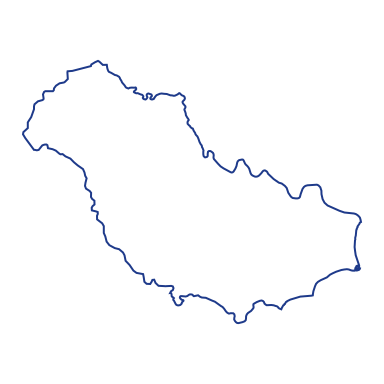 the district of Río Branco, Cerro Largo, Uruguay
{"feature_id": "84410073B34971931236421", "entity_name": "Río Branco", "entity_type": "district", "adm_level": 2, "iso_a3": "URY", "parent_name": "Uruguay", "parent_adm1": "Cerro Largo", "projection": "albers", "projection_center": [-53.429, -32.613], "detail": "fine", "context": "isolated", "style": "outline", "palette": "blue", "viewbox_px": 384, "rotation_deg": 0, "n_neighbors": 0, "source": "geoboundaries", "source_scale": "gbopen_adm2", "svg_char_len": 5921}
<svg xmlns="http://www.w3.org/2000/svg" viewBox="0 0 384 384"><path d="M170.2,292.9L170.7,292.8L171.2,293.3L171.5,294.1L171.7,296.3L172.0,296.7L173.3,297.5L173.9,298.1L173.3,298.9L173.3,299.9L174.0,300.7L175.5,303.7L176.3,304.8L177.4,305.3L178.4,305.4L179.5,305.2L180.4,304.9L181.7,303.6L181.9,302.5L182.5,301.7L182.9,301.5L183.3,301.1L183.5,300.7L183.3,300.2L181.5,299.7L180.2,298.3L179.9,297.8L179.9,297.3L180.1,296.6L180.5,296.2L181.5,296.1L185.7,296.5L187.4,296.0L188.8,294.9L189.9,294.4L191.1,294.4L192.4,294.7L193.6,296.1L193.9,296.2L198.1,295.3L200.1,296.8L201.8,297.5L205.8,297.8L212.1,300.6L214.9,301.7L220.9,306.0L222.6,307.0L224.1,308.7L225.8,311.2L227.0,312.5L228.1,313.2L229.0,313.6L230.8,313.2L233.3,313.3L234.3,314.3L234.7,316.1L234.3,317.8L234.2,319.5L234.9,320.9L236.0,322.2L237.2,323.0L238.6,323.1L242.6,322.1L244.6,321.3L245.7,320.2L246.0,318.6L246.1,316.2L246.8,314.4L248.0,313.0L251.1,310.9L253.3,308.3L253.6,307.2L253.3,304.9L253.6,303.9L256.7,302.1L259.9,300.8L261.7,300.5L263.1,301.1L264.0,302.1L264.5,303.6L265.8,304.7L266.7,305.2L271.3,305.0L273.7,305.3L275.4,305.9L276.9,306.3L277.8,306.9L278.3,307.7L279.3,308.5L281.3,309.3L282.0,307.6L283.3,305.3L283.9,305.1L284.5,304.0L284.9,304.0L285.9,302.1L287.0,301.5L287.1,301.2L290.3,299.6L300.3,296.6L311.3,295.7L312.8,295.4L313.0,293.5L313.4,291.2L315.0,286.3L316.1,283.8L317.9,281.9L320.7,280.2L326.9,277.4L330.0,274.7L332.7,273.3L336.2,271.7L341.4,270.0L344.2,269.5L346.9,269.2L348.9,269.5L350.7,270.2L352.2,270.6L354.2,270.7L354.4,270.4L356.9,270.5L357.9,270.2L358.9,269.9L359.7,269.1L360.0,268.3L358.6,267.7L358.3,267.7L357.8,268.3L357.0,268.5L357.1,268.8L356.6,268.8L355.8,269.2L355.6,269.2L355.3,268.9L355.3,268.2L355.5,267.9L355.9,267.4L355.9,267.2L356.4,266.6L356.4,266.2L356.6,266.0L357.3,265.7L357.7,265.9L358.0,266.3L358.3,266.5L359.0,266.6L359.2,266.1L359.1,265.3L357.4,260.3L355.7,255.2L355.1,251.1L354.6,247.1L355.0,240.4L355.3,239.5L355.2,237.9L355.8,235.5L356.3,230.0L356.7,229.5L356.7,229.0L356.8,228.5L357.6,227.2L357.6,226.8L357.5,226.5L359.5,223.7L359.8,222.7L361.0,222.0L360.5,219.6L359.9,217.6L358.9,216.4L357.5,215.1L355.7,214.0L353.9,213.5L344.4,212.5L339.5,210.8L327.6,205.5L324.5,202.7L322.6,199.1L321.5,194.2L321.4,190.7L320.3,187.3L318.5,185.4L316.9,184.7L307.5,185.3L305.4,185.9L303.9,187.0L302.5,189.0L300.7,194.0L299.9,197.0L299.2,197.8L298.4,198.2L297.4,198.4L295.8,198.4L292.8,198.0L291.5,197.2L290.6,196.2L288.3,192.8L286.7,188.0L284.9,185.9L281.7,183.5L278.9,182.7L273.7,179.1L268.1,173.8L267.4,172.3L266.9,171.6L265.4,170.6L264.8,170.4L264.1,170.5L263.3,170.8L262.5,171.6L261.4,173.1L259.2,175.4L258.0,176.2L256.9,176.6L255.7,176.7L254.6,176.5L252.5,175.5L251.3,174.5L250.6,173.2L249.2,168.7L248.3,167.2L247.2,165.9L245.7,164.5L245.0,163.5L243.6,160.4L243.0,159.7L242.1,159.5L239.2,160.1L238.6,160.5L237.7,161.4L237.2,162.6L236.5,166.0L235.4,168.6L233.6,171.5L232.8,172.2L232.3,172.4L231.6,172.5L230.6,172.2L223.6,168.4L220.6,166.4L218.0,163.7L213.9,159.0L213.6,158.1L213.5,157.4L213.7,155.2L213.5,154.0L213.0,152.9L211.5,151.7L210.5,151.1L209.1,151.0L208.5,151.3L208.0,151.8L207.7,153.8L207.7,155.6L207.6,156.2L207.2,156.7L206.7,157.0L205.6,157.3L204.9,157.3L204.4,156.9L203.7,156.2L203.4,154.9L203.3,154.1L203.3,152.9L203.3,151.5L203.5,150.6L203.2,149.6L203.0,149.2L202.7,148.2L202.1,147.4L201.7,145.4L200.8,144.4L199.5,141.9L198.3,138.4L197.4,136.4L196.2,135.2L195.4,134.0L195.2,133.1L193.6,130.6L192.9,128.7L192.6,128.4L191.9,128.3L190.5,127.1L190.0,126.1L189.0,125.3L187.7,123.9L187.5,122.9L187.6,121.9L187.8,121.3L188.7,120.1L188.7,119.8L188.0,118.5L187.5,118.0L185.9,115.2L185.7,113.4L185.0,111.2L184.7,110.6L184.4,109.7L184.6,108.9L185.2,108.0L185.5,107.1L185.4,106.3L183.2,103.7L182.6,102.6L182.6,101.7L183.5,100.6L184.2,100.0L184.7,99.1L184.9,98.4L184.6,97.1L183.8,96.1L181.7,95.2L179.6,93.2L179.1,93.2L177.6,94.4L175.1,95.6L173.9,95.8L172.0,95.4L170.4,95.3L166.8,94.0L164.0,93.8L161.6,93.5L159.8,93.8L156.5,95.2L155.0,96.9L154.6,97.7L154.1,98.1L154.0,98.6L153.6,99.1L152.7,99.2L152.5,99.4L151.9,99.5L150.6,99.1L150.3,98.5L150.3,98.1L151.0,97.0L151.7,96.4L151.9,95.8L151.7,95.1L151.4,94.5L148.5,93.5L147.7,93.7L147.0,94.2L146.7,94.8L146.7,95.4L146.8,96.0L147.2,96.6L147.4,97.4L146.6,98.7L146.1,99.2L145.4,99.5L143.9,99.1L143.3,98.7L142.8,97.9L143.3,96.9L143.3,96.2L142.4,95.0L141.8,94.7L140.6,94.4L137.8,93.2L137.2,93.2L136.7,93.3L136.0,93.2L134.4,92.5L133.9,92.1L133.9,91.7L134.1,91.3L135.1,90.4L135.7,89.9L136.2,89.1L136.1,88.1L135.6,87.5L134.4,87.7L131.6,87.6L129.7,87.8L128.4,88.5L126.6,87.8L125.8,87.3L124.6,85.4L122.1,82.5L121.3,80.7L120.1,78.8L119.8,77.9L119.1,76.8L116.7,75.4L114.9,75.0L111.3,72.9L108.9,71.8L108.3,71.0L107.6,69.3L107.2,67.7L106.8,64.8L102.8,64.9L99.4,61.7L98.0,60.9L95.1,62.2L91.3,64.5L90.9,66.1L72.4,70.9L67.6,71.3L67.4,72.4L67.8,79.0L64.9,81.9L63.9,82.5L59.6,83.3L56.0,85.7L54.0,88.4L53.8,90.2L52.9,91.2L45.3,91.2L44.1,91.9L43.0,94.4L43.6,98.4L43.4,99.4L42.4,100.1L38.0,101.3L34.5,104.3L34.0,106.4L34.0,109.2L31.2,117.1L28.6,121.1L27.8,122.4L27.8,128.1L23.4,132.1L23.0,134.3L25.3,138.1L34.0,149.9L35.0,149.9L36.9,150.3L38.7,149.9L42.2,145.5L43.0,145.1L44.2,144.7L45.2,144.5L46.5,144.5L47.4,145.2L48.0,148.2L52.6,149.2L55.8,150.6L59.4,153.7L60.5,154.3L62.6,154.1L65.5,156.4L70.4,158.6L74.0,162.3L77.7,165.4L83.0,169.1L84.5,172.5L85.2,175.8L86.6,178.3L85.5,182.7L85.0,185.9L86.0,188.6L89.7,191.0L91.1,192.8L91.0,197.0L92.1,198.9L94.4,200.7L94.5,204.5L92.6,206.1L91.7,207.7L91.8,209.4L91.9,210.4L96.0,211.4L97.7,212.0L97.8,213.9L97.0,215.8L97.1,219.4L102.2,223.3L103.8,226.1L103.8,233.0L105.3,236.4L106.6,241.6L109.4,245.2L114.8,248.1L119.1,249.2L123.0,252.5L124.5,255.3L125.6,260.8L129.6,265.0L133.4,270.6L136.5,272.9L143.1,274.1L143.7,277.1L144.4,281.8L146.6,283.8L150.2,284.0L151.7,281.6L152.4,279.9L154.2,279.7L155.5,282.9L158.5,285.8L165.5,286.2L171.2,285.9L172.8,286.4L173.5,288.1L172.9,290.0L171.0,291.3L170.2,292.9Z" fill="none" stroke="#1e3a8a" stroke-width="2"/></svg>